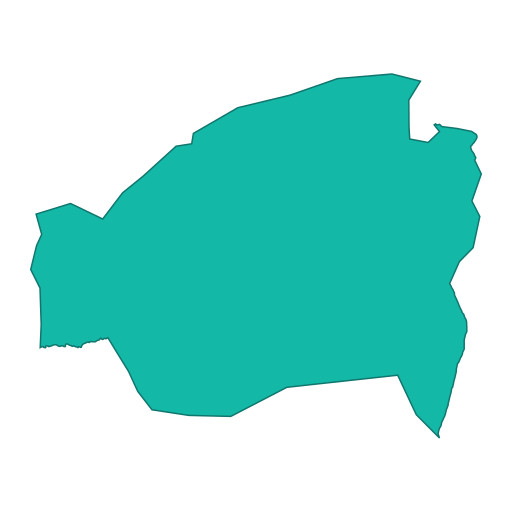 Altanbulag, Töv, Mongolia
{"feature_id": "93677404B27653771578089", "entity_name": "Altanbulag", "entity_type": "district", "adm_level": 2, "iso_a3": "MNG", "parent_name": "Mongolia", "parent_adm1": "Töv", "projection": "natural_earth1", "projection_center": [106.111, 47.461], "detail": "fine", "context": "isolated", "style": "filled", "palette": "teal", "viewbox_px": 512, "rotation_deg": 0, "n_neighbors": 0, "source": "geoboundaries", "source_scale": "gbopen_adm2", "svg_char_len": 4507}
<svg xmlns="http://www.w3.org/2000/svg" viewBox="0 0 512 512"><path d="M420.4,81.2L391.9,74.0L337.6,78.6L289.8,95.2L237.8,107.7L193.4,133.4L191.7,143.8L176.1,146.2L143.2,176.1L122.6,192.8L102.7,219.0L70.5,203.5L36.1,214.1L41.7,234.4L36.6,245.5L30.7,269.5L40.0,288.1L41.2,324.6L40.2,347.6L41.0,347.2L41.5,346.8L41.8,346.7L42.0,346.7L42.3,346.6L42.7,346.6L43.0,346.7L43.4,346.8L43.5,347.2L43.8,347.4L44.0,347.5L45.3,347.7L45.6,347.6L45.8,347.3L45.7,346.9L45.7,346.4L45.8,346.1L46.0,345.9L46.3,345.8L46.8,345.8L47.1,345.9L47.4,346.0L47.9,345.9L48.2,346.1L48.4,346.4L48.7,346.6L49.1,346.6L49.4,346.5L49.7,346.4L50.0,346.3L50.3,346.2L50.6,346.1L50.8,346.0L51.1,345.9L51.5,345.9L51.8,345.8L52.1,345.6L52.7,345.3L53.8,344.9L54.7,344.8L55.6,344.7L56.6,345.0L57.2,345.3L57.7,345.7L58.6,346.1L59.1,346.3L59.6,346.4L60.0,346.3L60.4,346.2L60.9,346.1L61.3,345.9L61.8,345.8L62.3,345.7L62.7,345.7L62.9,345.9L63.1,346.1L63.4,346.3L63.6,346.4L64.1,346.5L64.3,346.6L64.9,346.6L65.3,346.5L65.5,346.2L65.4,345.2L65.5,344.7L65.8,344.3L66.1,344.1L66.5,343.9L66.8,344.0L67.3,344.1L67.9,344.2L68.4,344.6L68.9,344.8L69.4,345.1L70.0,345.3L70.5,345.5L71.3,345.7L71.6,346.0L72.2,346.3L72.7,346.3L73.2,346.1L73.7,346.0L74.2,346.1L74.6,346.3L75.2,346.7L75.8,346.7L76.1,346.7L76.7,346.8L77.2,347.2L77.4,347.4L77.7,347.5L78.1,347.5L78.5,347.1L78.9,346.7L79.4,346.7L79.9,347.0L80.3,347.2L80.8,347.4L81.2,347.3L81.4,346.7L81.6,346.3L81.8,345.7L82.0,345.3L82.6,344.6L83.2,344.0L84.0,343.6L85.3,343.1L86.3,342.7L86.9,342.4L87.4,342.1L87.9,342.0L88.3,342.0L88.7,342.3L89.1,342.5L89.5,342.4L90.0,342.0L90.4,341.6L90.8,341.5L91.1,341.5L91.6,341.7L92.1,341.7L92.7,341.7L93.5,341.8L94.3,341.8L94.8,341.8L95.5,341.7L95.9,341.4L96.4,341.0L96.8,340.7L97.4,340.4L98.0,340.2L98.6,340.1L99.2,339.9L99.6,339.6L99.9,339.3L100.0,338.9L100.1,338.5L100.3,338.3L100.5,338.2L100.8,338.2L101.1,338.3L101.4,338.6L101.6,338.9L102.0,339.2L102.3,339.4L102.5,339.4L102.8,339.3L103.3,339.1L103.6,338.9L104.0,338.6L104.2,338.4L104.5,338.4L104.9,338.4L105.3,338.6L105.6,338.7L105.9,338.7L106.2,338.7L106.5,338.5L106.8,338.2L107.1,338.1L107.3,338.0L107.6,337.8L107.9,337.7L115.6,350.4L128.6,371.5L137.8,391.5L152.0,409.8L188.9,415.4L230.8,416.4L286.9,387.3L315.1,384.2L397.7,375.2L416.3,414.7L439.5,438.0L438.5,435.0L438.3,434.5L438.2,433.8L438.3,432.7L438.5,431.8L438.7,430.9L438.9,430.0L439.2,429.1L439.7,427.9L440.6,426.5L441.2,425.0L441.4,423.9L441.5,423.0L441.8,422.2L442.0,421.5L442.5,420.8L443.1,419.5L443.6,418.2L444.1,417.2L444.6,416.3L444.9,415.3L445.2,414.4L445.5,413.6L445.7,412.5L446.0,411.2L446.3,409.9L446.6,409.0L447.1,408.0L447.5,406.8L448.0,405.5L448.2,404.4L448.2,403.4L448.4,402.6L448.8,401.4L448.9,400.7L449.1,399.8L449.3,399.1L449.6,397.7L450.1,395.7L450.7,393.6L451.0,392.5L451.3,391.0L451.5,389.3L451.7,388.5L451.8,388.2L452.4,387.5L452.7,387.0L452.8,386.2L453.1,385.2L453.5,383.3L453.8,381.3L454.2,380.1L454.5,379.0L455.0,377.2L455.2,375.9L455.5,375.0L455.7,374.1L455.9,373.2L456.1,372.3L456.3,371.2L456.3,370.4L456.4,369.4L456.4,368.4L456.6,367.8L456.8,367.0L457.0,366.1L457.2,364.8L457.4,364.1L457.8,363.4L458.3,362.8L458.9,361.8L459.3,360.9L459.9,359.4L460.3,358.3L461.1,356.9L461.9,355.4L462.2,354.6L462.4,354.0L462.5,353.2L462.8,351.9L463.7,350.2L464.1,349.3L464.2,348.6L464.2,347.1L464.2,345.6L464.2,344.6L464.2,342.6L464.2,341.4L464.2,340.5L464.3,339.8L464.5,339.0L464.6,338.0L465.2,335.9L465.5,334.4L466.0,333.3L466.8,331.6L466.8,330.2L466.8,328.5L466.8,327.2L466.7,325.3L466.6,322.3L466.3,320.4L466.1,319.9L465.4,318.4L464.7,317.6L464.5,316.6L463.9,314.9L463.7,314.2L462.4,312.9L461.9,311.7L461.5,310.5L460.2,308.1L459.6,307.0L459.5,306.1L459.0,305.5L458.6,304.2L457.8,302.2L457.1,300.7L456.7,299.7L454.8,295.7L454.5,294.7L454.5,293.7L454.2,292.4L453.5,291.1L453.2,290.1L452.4,288.8L451.8,287.9L451.1,286.4L450.4,284.8L449.6,283.6L459.4,261.6L473.1,247.7L479.8,216.5L471.9,201.0L481.3,174.0L474.6,160.0L475.1,159.3L475.7,158.1L475.7,157.4L475.3,156.6L474.7,155.8L474.4,154.9L473.9,153.7L473.2,152.5L472.4,151.7L471.9,151.0L471.0,148.6L470.6,147.2L470.7,146.4L471.3,145.8L472.2,144.8L472.8,143.7L473.8,142.9L475.9,139.7L476.7,138.2L477.0,137.0L476.9,136.0L476.3,134.6L476.2,134.4L471.6,131.4L457.1,128.5L448.5,127.4L441.9,126.6L441.0,125.7L439.6,124.4L438.7,124.6L438.1,124.7L437.7,124.8L436.8,124.9L435.7,123.9L435.3,124.1L434.2,124.9L434.3,125.0L436.0,127.2L439.2,131.2L439.3,131.4L439.5,131.6L430.1,140.6L428.1,142.5L409.7,139.0L409.0,126.8L408.8,100.1L420.4,81.2L420.4,81.2Z" fill="#14b8a6" stroke="#0f766e" stroke-width="1.5"/></svg>